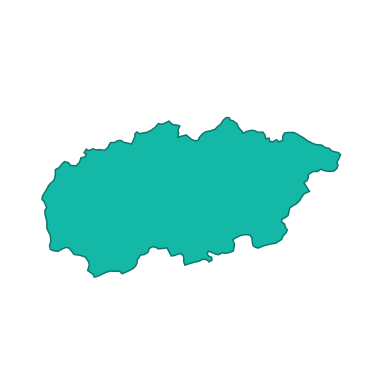 Itapirapuã Paulista, São Paulo, Brazil, rotated 71°
{"feature_id": "56859067B83985397288450", "entity_name": "Itapirapuã Paulista", "entity_type": "district", "adm_level": 2, "iso_a3": "BRA", "parent_name": "Brazil", "parent_adm1": "São Paulo", "projection": "equal_earth", "projection_center": [-49.22, -24.557], "detail": "fine", "context": "isolated", "style": "filled", "palette": "teal", "viewbox_px": 384, "rotation_deg": 71, "n_neighbors": 0, "source": "geoboundaries", "source_scale": "gbopen_adm2", "svg_char_len": 3052}
<svg xmlns="http://www.w3.org/2000/svg" viewBox="0 0 384 384"><g transform="rotate(71 192 192)"><path d="M168.9,76.3L167.1,81.4L166.4,85.3L168.9,88.2L172.6,89.2L172.8,93.7L170.1,94.9L170.8,99.2L169.6,102.0L166.1,101.6L165.7,104.8L161.6,104.5L158.5,105.5L156.8,110.6L154.6,112.4L152.9,115.8L152.6,121.0L153.1,124.5L150.7,125.0L148.1,126.2L145.4,127.2L142.2,127.2L138.6,129.5L136.2,132.5L133.8,132.6L132.8,135.3L134.1,138.8L137.4,143.1L138.3,146.1L140.3,150.0L140.1,155.2L139.5,160.0L140.6,163.4L143.0,167.6L145.2,169.2L144.5,172.6L141.7,175.7L138.1,177.7L136.1,179.0L135.9,182.8L135.5,187.7L132.4,185.6L128.7,185.1L125.7,182.0L123.7,184.6L122.5,187.6L120.5,189.2L117.4,190.7L118.0,194.7L118.2,198.5L116.3,201.5L119.0,206.0L120.4,211.0L120.9,215.6L120.2,219.2L119.8,222.8L117.3,224.5L118.5,227.1L120.9,227.9L123.0,229.6L127.0,233.5L125.2,236.3L122.8,240.4L120.2,242.2L119.2,245.6L120.0,248.7L118.8,253.0L120.9,255.5L122.8,257.4L124.1,261.3L122.2,264.5L120.9,269.1L118.8,271.6L119.4,275.8L117.1,278.1L119.8,281.3L122.1,279.6L124.1,282.2L123.4,285.7L127.3,288.7L129.6,293.2L127.2,298.3L124.2,299.1L121.7,302.7L123.4,306.5L125.6,309.3L126.4,314.0L129.9,315.1L132.2,316.2L134.7,317.6L136.8,320.2L137.9,323.4L139.4,325.7L142.7,329.1L147.1,334.7L150.3,336.3L152.9,334.9L157.1,334.7L159.6,334.5L161.4,337.1L164.8,338.1L168.7,338.6L172.5,338.8L179.2,341.1L183.4,340.6L186.2,340.2L189.1,340.6L192.3,341.4L196.6,344.3L200.0,344.6L202.2,342.4L204.5,338.1L203.6,333.2L203.3,329.4L204.7,326.8L208.4,325.2L212.6,324.0L214.5,320.1L216.2,317.4L218.8,314.0L224.4,312.6L227.3,312.7L230.2,314.8L232.3,316.2L234.4,314.7L237.8,312.2L240.7,312.2L240.9,307.9L240.4,304.0L239.9,299.2L240.3,294.6L242.0,290.2L243.5,286.1L246.5,284.8L246.3,280.8L245.8,276.4L245.2,272.6L243.5,269.3L241.0,266.8L238.7,266.3L236.5,263.2L234.8,261.2L235.6,257.8L234.8,253.5L231.4,250.5L231.0,246.8L232.5,244.3L234.9,242.3L235.9,237.9L236.7,233.8L245.7,232.5L246.4,228.9L246.1,223.3L249.1,221.0L251.7,221.3L255.0,222.5L258.9,222.5L258.9,217.2L259.2,212.1L259.7,207.7L259.1,203.5L261.0,199.8L263.6,198.7L263.0,195.3L260.0,194.7L258.1,197.2L255.4,197.7L253.1,195.9L255.9,192.6L258.2,190.2L259.9,187.5L259.3,183.5L260.7,180.7L261.4,176.6L261.3,172.3L257.8,170.0L255.1,168.8L250.4,169.0L249.4,164.6L248.9,159.8L249.8,155.0L251.6,151.3L254.8,150.4L260.3,151.5L262.9,151.6L264.8,150.2L266.6,147.6L266.2,142.2L266.4,138.5L266.7,135.1L267.7,129.5L266.7,125.6L266.0,122.6L263.2,120.3L261.5,116.7L259.0,114.2L256.2,115.1L252.2,115.0L249.3,117.2L247.2,115.8L246.5,112.4L245.6,109.0L243.5,107.5L241.3,106.3L238.9,104.7L237.8,100.7L237.2,97.3L235.3,93.1L232.7,90.1L230.3,87.0L229.9,84.0L229.7,80.7L226.0,81.6L222.4,82.5L219.6,83.2L218.8,79.8L216.7,77.6L213.4,76.3L212.0,71.2L213.5,66.5L212.3,62.7L215.0,59.9L217.3,55.3L218.4,50.7L216.7,47.1L213.8,45.1L211.3,45.6L208.8,42.8L205.1,39.4L202.3,40.9L200.3,44.3L198.2,46.9L195.5,47.9L193.4,51.6L189.8,54.1L188.0,58.4L185.8,61.7L183.0,64.2L181.0,66.4L178.6,67.8L175.9,69.9L173.8,71.9L171.5,73.6L168.9,76.3Z" fill="#14b8a6" stroke="#0f766e" stroke-width="1.5"/></g></svg>